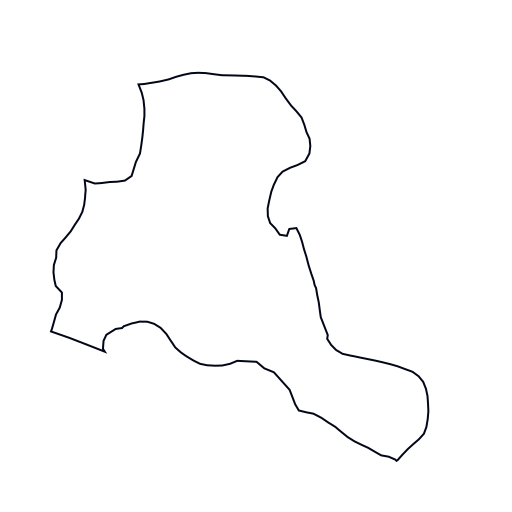 the district of Kuhlan Ash Sharaf, Hajjah, Yemen, rotated 10°
{"feature_id": "15242507B97358908792545", "entity_name": "Kuhlan Ash Sharaf", "entity_type": "district", "adm_level": 2, "iso_a3": "YEM", "parent_name": "Yemen", "parent_adm1": "Hajjah", "projection": "mercator", "projection_center": [43.483, 16.025], "detail": "fine", "context": "isolated", "style": "outline", "palette": "ink", "viewbox_px": 512, "rotation_deg": 10, "n_neighbors": 0, "source": "geoboundaries", "source_scale": "gbopen_adm2", "svg_char_len": 2503}
<svg xmlns="http://www.w3.org/2000/svg" viewBox="0 0 512 512"><g transform="rotate(10 256 256)"><path d="M110.5,107.4L111.4,108.9L115.2,115.2L118.2,122.1L119.6,127.1L120.5,130.2L121.8,137.5L122.3,144.8L123.0,152.1L123.5,159.4L123.8,167.2L123.9,172.4L123.9,175.4L121.4,184.2L119.6,198.8L113.8,204.5L106.5,206.9L98.9,208.6L91.8,210.8L90.4,211.2L84.7,212.6L74.1,211.0L76.8,220.5L77.2,225.5L77.5,227.8L77.9,235.4L77.3,242.7L75.1,250.1L72.1,256.8L69.2,264.0L66.7,268.3L65.6,270.3L61.3,277.3L61.1,277.9L58.5,285.1L59.5,292.4L58.5,300.0L59.4,307.3L61.6,314.6L64.0,320.3L71.2,325.7L72.5,332.9L71.7,340.9L69.2,348.3L68.5,355.6L67.7,363.2L67.2,365.9L86.8,369.1L111.5,374.0L123.7,376.5L121.4,374.0L120.6,366.0L122.3,359.6L130.5,352.2L136.6,350.2L137.9,348.2L145.3,344.0L149.0,342.5L152.9,340.8L160.3,339.6L164.6,340.1L167.5,340.5L174.5,343.3L181.2,348.3L186.9,354.4L187.9,355.4L192.4,360.1L198.6,363.9L202.6,365.8L205.3,367.0L211.8,369.5L212.6,369.8L219.6,371.9L226.9,372.1L232.6,371.4L234.5,371.2L237.5,370.6L241.8,369.7L249.1,366.7L255.7,362.5L274.9,360.1L283.7,365.2L293.8,367.4L312.3,381.9L316.5,388.8L320.3,395.2L323.4,398.8L325.0,400.7L332.8,401.2L339.9,401.3L348.5,404.0L352.7,405.9L356.0,407.4L363.8,410.5L367.7,412.8L370.5,414.4L377.7,418.4L385.1,421.4L392.7,423.6L399.7,425.4L406.7,428.0L413.9,430.6L421.5,430.6L428.5,432.3L429.9,433.3L430.9,432.4L434.8,426.1L439.1,419.7L443.5,414.0L448.1,408.4L450.2,405.1L452.2,401.9L453.5,394.9L453.4,386.5L452.7,378.9L451.0,371.3L449.2,364.1L446.5,357.4L442.5,350.9L436.9,346.1L430.3,342.9L427.3,342.3L423.1,341.6L414.5,340.0L406.8,339.2L399.2,338.7L391.6,338.3L383.5,338.1L375.4,337.9L369.8,337.7L367.1,337.7L358.2,337.3L352.7,335.2L351.4,334.8L345.5,330.6L340.5,325.2L340.4,321.4L330.4,305.0L328.2,298.2L325.9,290.9L323.1,283.9L320.7,277.1L318.8,274.5L317.2,270.5L313.5,263.8L309.6,256.4L305.7,247.9L302.8,242.3L302.0,240.8L299.0,234.2L295.5,227.7L290.9,221.5L284.1,223.6L282.9,230.8L275.7,230.9L270.3,225.5L264.2,221.1L260.8,214.8L259.2,207.1L259.4,198.9L259.9,190.0L261.2,182.7L261.6,181.4L263.5,174.6L267.5,168.3L274.4,163.1L280.9,159.3L288.0,154.1L290.8,145.8L290.4,138.3L288.4,131.2L284.2,125.2L280.8,118.4L276.8,111.7L270.7,106.5L264.6,101.9L257.8,95.5L252.1,89.5L246.0,84.6L239.4,80.8L232.4,78.7L224.4,79.3L215.5,80.2L210.3,81.0L208.1,81.3L205.9,81.6L200.6,82.4L190.9,83.9L182.6,84.3L174.7,84.6L167.4,85.6L160.5,87.2L153.2,90.1L146.4,93.3L139.2,97.3L131.0,100.8L124.2,103.2L115.8,106.1L110.5,107.4Z" fill="none" stroke="#020617" stroke-width="2"/></g></svg>